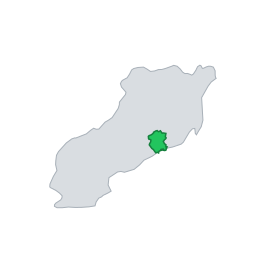 location of Lushnjë, Fier, Albania, rotated 236°
{"feature_id": "67620474B73435711419495", "entity_name": "Lushnjë", "entity_type": "district", "adm_level": 2, "iso_a3": "ALB", "parent_name": "Albania", "parent_adm1": "Fier", "projection": "mercator", "projection_center": [19.57, 40.906], "detail": "fine", "context": "in_parent", "style": "filled", "palette": "green", "viewbox_px": 256, "rotation_deg": 236, "n_neighbors": 0, "source": "geoboundaries", "source_scale": "gbopen_adm2", "svg_char_len": 2139}
<svg xmlns="http://www.w3.org/2000/svg" viewBox="0 0 256 256"><g transform="rotate(236 128 128)"><path d="M85.1,78.7L85.3,75.1L86.1,69.6L85.7,67.7L86.2,64.5L84.5,60.2L81.9,57.1L84.4,51.7L88.2,45.1L91.6,39.9L95.8,34.4L98.6,29.1L101.6,24.6L104.2,23.2L105.5,24.2L106.1,26.2L106.0,32.0L106.9,34.0L108.6,35.5L112.4,34.8L116.6,33.3L122.2,30.2L123.2,30.4L125.2,32.0L129.6,39.1L132.5,45.3L138.1,47.5L141.3,49.9L145.4,53.5L147.3,57.2L150.1,68.5L150.4,75.2L149.6,78.3L148.9,79.1L146.4,90.2L147.0,95.8L147.0,99.4L144.8,100.9L143.4,103.2L145.7,112.3L145.4,116.2L145.5,120.7L149.7,130.8L152.2,133.9L154.3,135.4L157.2,144.7L158.8,146.3L165.6,145.5L169.0,146.5L170.3,148.7L170.6,150.2L170.1,155.4L171.8,159.4L174.1,163.5L174.1,166.0L172.6,170.1L169.8,174.9L166.2,176.7L162.3,178.3L160.4,182.0L159.4,185.9L157.6,188.8L156.5,192.0L154.8,198.6L154.4,200.9L151.7,203.3L147.6,204.3L143.8,204.5L141.3,205.6L140.0,207.8L137.6,209.6L136.2,210.4L136.2,212.4L137.9,216.5L139.9,219.9L139.9,222.6L139.0,223.3L135.9,223.0L135.3,224.0L134.9,226.9L134.1,229.5L132.9,231.1L130.7,232.8L126.7,232.2L122.9,229.7L121.0,228.9L119.9,228.9L119.6,222.7L117.9,217.8L112.0,206.0L92.6,194.5L88.1,189.4L86.1,185.0L84.1,180.9L86.0,180.8L87.9,181.9L90.3,183.1L91.3,181.0L90.3,176.6L85.3,166.0L84.9,163.1L87.3,154.3L91.4,144.4L91.1,132.3L92.4,123.2L91.0,117.3L90.3,110.0L93.3,100.3L95.9,97.9L97.4,94.8L97.5,84.4L91.8,79.6L85.1,78.7Z" fill="#d9dde1" stroke="#a8b0b8" stroke-width="1"/><path d="M90.2,139.4L91.2,140.4L91.4,141.0L90.6,144.1L91.9,142.5L91.1,144.4L91.0,144.6L91.3,144.5L90.8,145.5L90.3,145.4L89.6,145.6L90.5,144.2L89.6,145.0L89.2,145.4L88.9,145.7L88.4,146.9L90.3,149.6L90.5,148.8L91.3,149.4L91.8,149.1L92.9,150.1L94.2,149.6L95.1,149.5L97.1,149.8L97.8,151.6L98.0,153.3L98.5,154.1L99.8,154.0L102.3,156.4L104.2,154.4L104.6,153.4L107.6,153.3L107.7,151.9L108.0,151.1L109.6,150.7L109.7,150.2L110.0,149.5L110.2,146.8L109.7,146.5L109.4,145.1L109.4,143.1L109.9,141.2L109.7,140.2L107.7,139.1L106.9,139.1L106.5,139.7L105.2,140.3L103.8,139.0L102.9,137.1L102.1,136.2L97.8,136.3L95.9,137.0L92.0,137.1L91.4,138.8L90.2,139.4Z" fill="#22c55e" stroke="#15803d" stroke-width="1.5"/></g></svg>